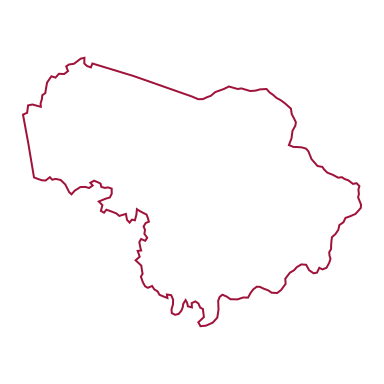 Rebouças, Paraná, Brazil (orthographic projection)
{"feature_id": "56859067B68448641599396", "entity_name": "Rebouças", "entity_type": "district", "adm_level": 2, "iso_a3": "BRA", "parent_name": "Brazil", "parent_adm1": "Paraná", "projection": "orthographic", "projection_center": [-50.618, -25.669], "detail": "fine", "context": "isolated", "style": "outline", "palette": "rose", "viewbox_px": 384, "rotation_deg": 0, "n_neighbors": 0, "source": "geoboundaries", "source_scale": "gbopen_adm2", "svg_char_len": 2821}
<svg xmlns="http://www.w3.org/2000/svg" viewBox="0 0 384 384"><path d="M192.2,96.6L182.2,93.1L133.2,75.9L92.4,63.5L90.9,67.4L87.0,66.0L84.3,63.5L84.4,57.8L80.6,58.7L78.2,60.6L73.9,63.8L69.0,64.5L66.2,66.4L68.0,71.1L64.2,74.0L58.9,73.8L55.5,77.6L51.4,76.3L47.1,82.5L46.0,88.5L45.3,93.1L42.3,95.2L41.9,99.0L40.6,103.4L40.8,106.8L32.4,104.5L28.1,105.4L27.1,112.8L23.0,114.6L28.3,143.4L34.0,177.4L38.1,179.0L42.0,180.3L45.6,180.5L49.9,177.2L52.2,179.7L55.7,178.9L60.7,180.0L65.3,184.5L69.2,192.2L71.5,194.3L74.8,190.6L80.3,187.1L85.2,186.9L89.1,188.0L92.7,185.5L90.3,182.8L94.1,180.7L98.0,182.3L100.6,183.7L101.3,186.9L104.8,187.9L108.0,187.4L111.7,188.6L111.7,193.8L109.8,197.5L105.6,198.7L98.8,201.5L102.4,205.1L100.9,210.9L104.0,212.7L106.4,209.7L110.9,211.3L116.3,213.4L119.3,215.9L125.9,213.9L127.0,219.8L129.6,222.6L131.9,219.6L134.9,220.3L136.4,214.6L136.9,209.2L139.8,211.1L143.6,213.1L146.5,214.5L147.8,217.8L148.9,221.7L145.7,223.0L143.6,226.5L145.0,229.8L144.4,233.8L147.2,237.8L145.2,240.8L141.1,239.0L139.3,242.1L140.3,247.4L141.1,250.5L137.7,250.9L139.7,256.7L135.6,260.3L141.3,265.6L142.0,270.6L142.6,273.8L140.9,276.6L142.8,282.1L145.1,286.3L147.8,287.8L152.1,286.0L154.3,289.4L157.7,291.5L159.4,294.7L162.3,296.0L167.4,298.0L166.9,294.5L171.2,295.2L173.1,299.6L173.0,304.4L171.5,309.3L171.8,313.1L175.2,314.8L178.7,313.9L181.5,310.5L182.8,307.0L183.3,303.8L185.6,300.1L187.1,302.8L187.9,306.3L191.9,307.4L191.7,303.1L195.4,301.4L198.4,303.5L200.2,307.6L202.9,309.0L203.9,317.1L198.3,322.3L200.5,326.2L206.1,325.6L212.8,322.6L217.3,317.6L218.5,309.6L218.2,300.7L219.7,296.9L222.4,294.7L226.9,296.7L230.4,299.2L237.4,299.4L243.1,297.5L248.0,297.6L250.6,292.9L253.3,289.3L256.8,286.7L260.0,286.9L263.5,288.6L268.3,290.4L271.6,292.7L277.2,293.0L281.0,290.1L285.6,283.9L285.3,278.7L289.9,272.7L294.1,270.2L296.7,267.2L301.4,264.4L306.2,264.8L309.1,270.2L313.7,273.3L317.0,272.6L319.3,267.8L322.4,269.4L326.5,267.8L329.2,262.8L330.5,258.8L329.5,255.6L329.2,252.2L331.1,249.0L331.1,245.5L331.5,240.5L332.0,237.1L335.3,234.2L338.3,229.9L339.4,225.0L343.4,222.3L345.5,217.9L350.6,216.1L355.5,213.9L358.4,210.7L360.8,207.9L361.0,204.6L359.5,200.8L358.1,197.4L358.9,194.0L358.4,189.7L359.4,186.1L356.6,183.2L353.0,183.9L348.3,180.3L344.6,179.0L341.9,177.2L338.2,177.7L332.6,174.7L327.4,172.7L324.3,169.7L322.3,166.9L317.5,166.0L314.0,162.0L311.5,159.1L308.4,151.3L306.0,148.6L301.8,147.4L298.5,147.1L293.4,146.9L288.9,145.1L291.5,138.4L292.5,130.8L295.3,125.8L295.9,122.3L293.9,118.2L291.8,114.3L290.9,108.6L288.4,106.4L284.8,103.2L280.4,100.0L276.6,98.0L273.0,94.8L269.7,92.5L266.5,89.0L259.8,89.4L255.8,90.6L250.3,91.0L247.4,90.2L241.4,88.4L237.7,89.0L232.0,87.4L228.9,86.5L223.8,89.0L220.0,90.4L215.4,92.0L210.7,95.9L207.7,96.9L202.9,99.1L198.2,99.2L192.2,96.6Z" fill="none" stroke="#9f1239" stroke-width="2"/></svg>